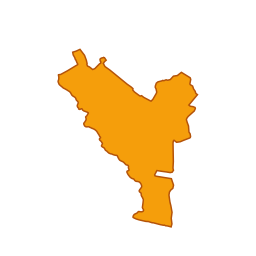 Río Bravo, Suchitepéquez, Guatemala (Mercator projection), rotated 300°
{"feature_id": "79465075B98045843880740", "entity_name": "Río Bravo", "entity_type": "district", "adm_level": 2, "iso_a3": "GTM", "parent_name": "Guatemala", "parent_adm1": "Suchitepéquez", "projection": "mercator", "projection_center": [-91.352, 14.385], "detail": "fine", "context": "isolated", "style": "filled", "palette": "amber", "viewbox_px": 256, "rotation_deg": 300, "n_neighbors": 0, "source": "geoboundaries", "source_scale": "gbopen_adm2", "svg_char_len": 4981}
<svg xmlns="http://www.w3.org/2000/svg" viewBox="0 0 256 256"><g transform="rotate(300 128 128)"><path d="M53.1,177.1L53.1,178.1L53.3,180.5L54.0,183.6L56.0,190.1L57.2,192.5L58.0,196.3L58.5,197.1L60.5,204.4L61.5,207.3L62.1,208.1L62.1,209.3L62.9,211.1L63.9,214.8L66.9,214.0L71.4,210.6L77.0,208.3L82.2,203.9L85.0,201.2L90.4,197.0L93.3,195.9L95.8,196.1L98.1,197.0L101.3,196.0L105.8,190.9L100.4,176.7L100.1,175.2L100.8,174.5L105.6,174.3L107.2,178.5L109.2,183.4L110.5,186.9L111.9,188.4L114.2,188.5L114.7,187.9L115.8,187.0L121.7,184.0L137.5,174.5L139.3,173.8L140.4,174.0L139.9,177.2L142.2,180.1L145.0,182.2L150.2,186.4L150.9,186.7L152.0,186.4L154.0,184.7L155.0,182.8L160.0,179.4L162.6,176.3L164.4,174.4L165.6,174.1L168.0,174.3L175.9,176.9L178.5,176.6L179.3,175.8L179.0,173.6L178.0,171.1L178.3,169.2L191.6,171.5L191.9,169.4L193.4,167.8L194.5,165.4L196.6,163.0L196.7,160.1L197.2,159.5L201.5,158.0L202.6,156.7L202.9,146.4L198.1,144.5L195.6,141.4L191.1,140.4L189.2,138.5L188.8,136.9L186.9,135.4L186.6,134.3L185.8,133.8L183.0,130.9L181.0,130.1L177.9,130.7L176.7,131.4L176.0,132.6L174.9,133.6L173.5,134.9L172.3,135.2L165.3,135.2L162.9,134.6L162.7,134.2L162.4,126.3L162.8,123.6L161.8,122.6L161.7,121.9L162.4,115.7L163.2,113.2L164.6,112.6L165.1,110.2L165.5,105.5L169.1,83.4L169.7,77.3L171.6,74.3L173.8,74.5L175.8,75.2L177.1,72.5L176.9,71.5L176.5,71.4L175.7,70.4L174.3,69.4L173.3,69.5L172.9,69.9L172.1,70.4L172.0,71.1L171.2,71.7L170.3,71.9L169.5,71.3L162.9,69.6L161.0,68.2L161.6,64.1L161.4,62.0L162.6,60.5L163.3,60.4L165.9,58.0L169.2,54.0L172.1,47.1L168.6,44.6L166.0,42.2L163.9,44.0L162.3,46.7L160.9,48.3L160.9,48.8L158.9,51.3L158.6,52.0L158.2,52.5L157.7,52.7L147.2,46.9L140.7,42.9L139.4,41.2L138.6,41.6L138.2,42.0L137.7,42.5L137.2,42.8L136.7,43.0L136.3,43.3L135.6,43.6L134.9,43.8L134.4,43.9L133.8,44.0L133.2,44.3L132.7,44.8L132.4,45.2L132.0,45.7L131.5,46.3L131.2,47.0L131.1,47.4L131.0,48.2L130.8,49.0L130.7,49.7L130.6,50.4L130.4,51.2L130.3,51.8L130.3,52.3L130.3,53.1L130.4,53.7L130.4,54.3L130.4,55.3L130.4,56.1L130.3,58.4L130.3,59.0L130.1,59.7L130.0,60.1L129.8,60.6L129.5,61.1L129.1,61.8L128.6,62.6L128.3,63.3L128.2,63.9L128.1,64.6L128.1,65.8L128.1,66.3L128.0,66.8L127.7,67.6L127.5,68.0L127.1,68.4L126.6,68.9L126.3,69.5L125.7,71.5L125.3,72.0L124.7,72.4L124.2,72.5L123.1,72.6L122.6,72.7L122.1,72.8L121.4,73.3L121.0,73.8L120.7,74.4L120.6,74.9L120.4,75.4L119.8,75.8L119.8,76.5L120.1,77.1L121.0,77.7L121.4,78.0L121.6,78.5L121.3,79.0L121.0,79.4L120.8,80.0L120.8,80.5L120.7,81.1L120.8,81.8L120.9,82.2L121.0,83.0L121.2,84.1L121.3,84.8L121.3,85.2L121.3,86.0L120.7,86.3L120.3,86.2L119.6,86.2L119.0,86.2L118.3,86.3L117.6,86.1L117.2,85.9L116.4,85.8L116.0,86.1L115.7,86.5L115.4,86.8L115.0,87.1L114.6,87.4L114.1,87.5L113.6,87.6L112.0,87.6L111.2,87.5L110.6,87.4L110.0,87.4L109.3,87.7L109.0,88.2L108.4,88.9L108.1,89.4L108.0,90.4L108.0,90.9L108.4,91.8L109.0,92.6L109.3,93.1L109.5,93.9L109.5,94.8L109.6,95.3L109.7,96.3L109.7,97.0L109.9,97.7L109.9,98.2L110.0,98.7L110.0,99.9L109.9,101.0L109.8,101.4L109.6,102.2L109.3,103.0L109.0,103.5L108.7,104.0L108.4,104.6L108.0,105.3L107.7,106.0L107.4,106.5L107.0,107.0L106.7,107.5L106.5,108.1L106.3,108.7L105.8,109.1L105.1,108.8L104.4,108.7L103.9,108.9L103.6,109.3L103.3,109.9L103.2,110.5L103.1,111.0L102.8,111.8L102.5,112.4L102.3,112.8L101.9,113.4L101.6,113.7L101.1,113.8L99.9,113.8L99.2,114.0L98.9,114.6L98.8,115.3L98.8,116.0L98.8,116.6L98.8,117.2L98.5,117.9L98.2,118.4L97.9,118.9L97.5,119.5L97.4,120.3L97.4,120.9L97.3,121.5L97.1,122.1L96.9,123.0L96.8,123.5L96.7,124.2L96.8,124.8L96.9,125.5L97.0,126.0L97.3,126.6L97.4,127.5L97.5,128.4L97.6,128.9L97.7,129.5L98.1,130.7L98.3,131.3L98.6,131.8L98.7,132.4L98.3,133.0L97.8,133.7L97.1,134.7L96.6,135.5L96.3,136.2L96.0,136.9L96.0,137.4L96.0,138.1L96.0,138.6L96.1,139.1L96.1,139.6L96.2,140.4L96.2,140.8L96.1,141.6L95.8,142.5L95.6,143.1L95.4,143.8L95.2,144.5L95.2,145.0L95.5,145.8L95.6,146.2L95.6,146.8L95.3,147.3L94.8,147.8L94.1,148.0L93.6,148.4L93.3,148.7L92.9,149.2L92.5,149.6L91.9,149.9L91.5,149.8L91.0,149.4L90.5,149.0L90.1,148.8L89.4,149.0L88.8,149.6L88.6,150.0L88.1,150.7L87.7,151.4L87.3,152.3L87.0,153.1L86.7,153.8L86.5,154.3L86.4,155.0L86.3,155.5L86.3,156.0L86.3,156.6L86.3,157.1L86.5,157.6L86.7,158.2L86.6,158.7L86.4,159.2L86.0,159.9L85.9,160.4L85.8,161.0L85.9,161.6L86.0,162.0L86.4,162.8L86.6,163.5L86.8,164.2L86.9,165.0L86.7,165.9L86.4,166.3L86.2,166.9L85.9,167.4L85.5,167.9L84.9,168.6L84.2,169.1L83.7,169.3L82.0,169.2L81.2,169.1L80.7,169.0L80.2,169.0L79.4,169.0L78.9,169.3L78.5,169.9L78.3,170.9L78.2,171.6L77.8,172.2L77.3,172.5L76.7,172.9L76.2,173.3L75.8,173.9L75.5,174.3L75.3,174.8L75.0,175.3L74.7,175.7L74.3,176.2L74.0,176.7L73.6,177.1L72.8,177.5L70.3,178.6L67.3,179.8L66.5,180.1L66.1,180.5L65.7,181.0L65.4,181.6L65.0,182.3L64.6,182.6L64.0,182.7L63.4,182.7L62.8,182.3L62.5,182.0L62.0,181.4L61.7,180.7L61.4,180.0L61.3,179.6L61.1,179.1L60.3,178.6L59.5,178.5L58.5,178.1L57.7,177.5L56.9,177.0L56.5,176.7L55.5,176.5L54.7,176.5L54.0,176.6L53.6,176.8L53.1,177.1Z" fill="#f59e0b" stroke="#b45309" stroke-width="1.5"/></g></svg>